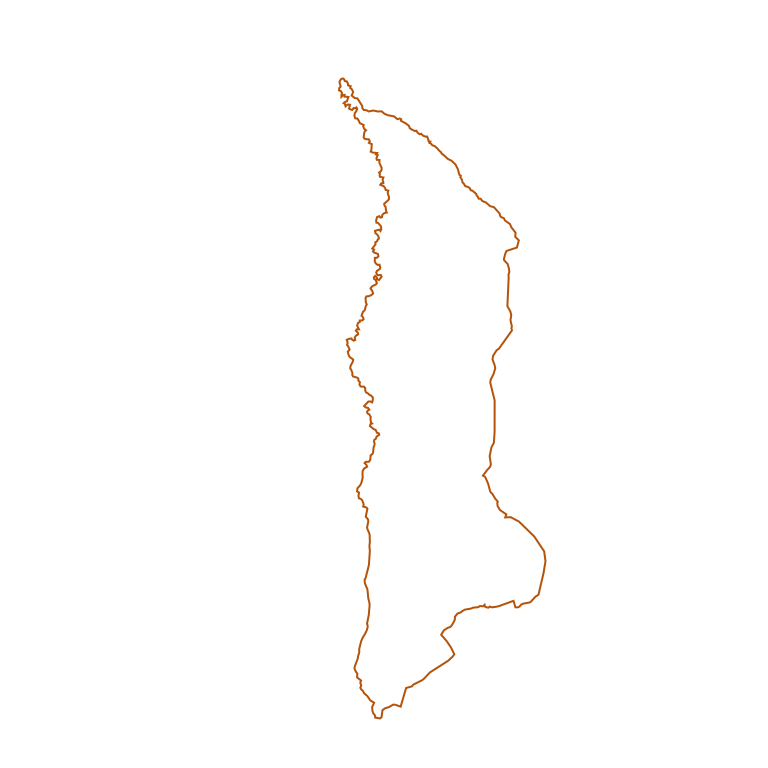 outline of Itinga do Maranhão, Maranhão, Brazil, rotated 326°
{"feature_id": "56859067B66965401422708", "entity_name": "Itinga do Maranhão", "entity_type": "district", "adm_level": 2, "iso_a3": "BRA", "parent_name": "Brazil", "parent_adm1": "Maranhão", "projection": "albers", "projection_center": [-47.255, -4.165], "detail": "fine", "context": "isolated", "style": "outline", "palette": "amber", "viewbox_px": 768, "rotation_deg": 326, "n_neighbors": 0, "source": "geoboundaries", "source_scale": "gbopen_adm2", "svg_char_len": 6166}
<svg xmlns="http://www.w3.org/2000/svg" viewBox="0 0 768 768"><g transform="rotate(326 384 384)"><path d="M200.5,603.2L199.9,606.0L199.8,609.4L197.6,612.2L199.2,617.1L197.3,618.3L196.5,621.3L194.5,622.6L194.3,624.3L194.9,626.3L194.6,629.2L195.7,633.4L195.7,638.6L197.6,642.7L193.5,645.2L191.6,648.6L190.9,651.2L191.2,652.9L191.0,654.4L190.1,655.5L193.6,659.0L195.6,658.9L200.3,653.6L203.4,653.4L207.8,654.7L212.2,654.9L213.7,655.9L217.4,660.8L232.3,648.4L238.2,650.3L240.2,649.6L250.0,650.9L252.9,650.6L260.8,648.8L282.5,649.3L288.5,648.4L291.2,647.3L292.2,639.7L292.2,632.4L291.2,623.9L295.9,621.7L300.4,621.8L303.5,622.5L306.0,621.7L310.8,619.1L312.8,616.6L316.5,615.4L320.1,616.3L321.6,616.0L324.9,616.3L330.7,618.9L332.8,619.2L337.2,621.7L339.4,621.7L341.8,623.7L343.9,623.3L343.2,625.0L344.4,626.8L345.6,627.9L347.1,627.6L348.5,629.4L350.5,630.5L354.3,632.2L370.1,636.2L368.1,642.6L369.9,643.9L371.9,644.3L374.2,643.6L376.5,643.9L382.7,646.6L384.2,646.6L390.6,645.0L394.2,645.1L410.4,630.1L418.8,621.2L423.2,612.3L423.3,594.5L419.0,573.6L414.6,565.3L409.9,562.4L412.5,560.5L409.7,553.4L409.9,548.9L411.2,546.2L412.6,545.1L412.1,541.4L412.4,535.7L411.9,533.7L412.1,532.1L414.6,524.8L415.9,517.7L414.8,515.3L421.2,513.1L425.6,512.0L427.6,510.5L431.3,502.8L437.9,496.4L442.2,494.2L448.8,485.7L466.6,459.4L472.8,442.4L474.7,440.2L480.7,436.8L485.1,433.1L486.4,429.7L487.7,424.3L490.4,421.5L496.3,419.0L499.0,419.0L520.1,411.1L520.8,409.0L522.2,407.8L524.6,401.7L528.0,398.1L529.3,394.6L529.8,388.5L547.0,365.3L548.3,363.0L550.6,361.2L552.2,358.0L553.6,353.7L552.8,348.6L553.4,347.3L557.8,343.5L560.0,342.2L570.5,345.2L576.1,340.3L575.1,335.3L577.7,332.1L577.2,325.3L577.9,321.9L575.7,316.0L576.1,313.7L574.3,310.8L574.4,309.0L575.2,307.4L574.0,298.8L571.4,295.9L570.1,290.7L567.8,287.2L567.7,284.4L566.1,283.3L566.5,281.2L566.2,279.4L566.8,278.0L565.4,273.1L564.2,271.9L564.7,269.6L563.7,267.4L562.0,265.4L562.2,262.5L561.8,260.7L562.9,258.1L562.9,255.2L564.1,254.4L563.5,252.7L565.4,247.0L566.0,242.0L564.8,236.6L562.7,232.9L561.9,228.9L560.6,225.2L560.9,223.9L560.4,222.2L559.8,217.7L558.9,214.8L557.5,213.1L557.5,211.4L556.5,209.5L557.9,208.9L556.7,207.7L557.6,205.6L558.1,202.9L556.8,202.2L555.2,199.9L554.7,197.3L553.2,196.9L552.4,194.5L552.5,192.1L551.0,191.5L548.9,187.7L548.4,186.2L549.1,184.0L547.7,180.0L545.2,175.2L546.3,174.2L545.6,172.7L543.2,172.0L542.0,167.8L537.5,163.3L535.5,160.3L534.5,156.6L531.2,154.6L528.1,151.3L523.7,149.5L522.6,147.3L520.4,145.4L520.4,142.9L521.4,141.5L521.7,132.4L519.6,130.5L518.5,126.8L521.7,124.7L522.2,121.7L521.5,119.7L522.9,118.4L521.2,116.4L522.1,114.7L522.4,112.4L520.9,110.9L521.4,109.1L520.8,107.7L518.8,107.2L516.0,108.6L514.4,113.2L512.3,113.7L510.9,115.5L512.1,117.1L511.8,119.5L510.4,120.5L509.3,122.1L511.6,121.7L513.0,122.3L512.0,123.7L515.0,126.1L511.4,128.9L509.6,128.4L507.6,128.6L508.2,130.0L507.4,132.3L510.0,131.9L512.0,133.5L509.0,136.1L509.8,137.7L510.9,139.0L513.2,138.2L514.2,139.3L515.8,139.3L515.7,140.8L513.9,142.2L511.2,143.2L509.4,145.1L508.7,147.7L510.4,149.1L510.3,152.2L509.8,154.2L512.0,157.9L510.7,159.0L510.3,161.2L511.0,163.6L509.2,163.9L507.3,165.5L505.1,168.1L505.0,169.7L506.6,171.5L508.3,172.7L508.0,174.7L506.3,175.6L508.0,178.2L504.8,182.5L502.9,183.9L504.1,185.8L507.4,188.6L505.7,189.2L506.8,190.6L503.9,192.7L503.4,194.1L505.5,195.8L503.8,198.1L502.9,203.5L501.6,205.2L500.3,205.9L498.2,205.9L498.2,207.4L497.0,208.6L496.5,209.9L499.0,212.5L496.9,214.0L496.5,215.9L495.8,217.1L494.0,216.1L492.3,216.8L494.4,219.8L494.5,222.3L493.9,224.0L495.7,226.1L494.2,227.3L493.3,229.2L492.9,231.3L491.6,233.4L490.1,234.0L484.9,234.7L484.1,236.6L484.4,238.0L482.5,241.6L482.2,243.4L479.8,242.5L477.3,242.8L475.5,244.6L474.1,244.0L474.1,242.3L471.4,241.8L468.8,244.2L467.9,246.0L469.1,247.0L469.7,251.4L468.3,254.2L466.6,255.2L466.4,253.4L462.2,252.0L461.3,254.0L462.0,256.9L461.8,259.1L461.1,260.6L459.7,260.7L458.0,261.8L456.0,261.7L455.0,263.5L450.0,265.2L451.0,267.0L449.0,267.9L449.4,269.7L451.7,272.7L450.8,275.0L448.7,275.4L447.0,274.3L444.8,277.3L444.6,279.5L445.3,281.7L447.0,282.6L446.2,285.1L445.0,286.3L441.4,286.3L440.0,287.1L439.4,288.9L439.7,290.3L442.3,291.9L442.0,293.7L438.0,295.0L436.8,293.2L437.6,291.6L437.1,289.5L435.2,290.0L434.6,291.3L435.2,293.1L434.6,296.3L433.2,296.9L428.9,296.4L426.3,297.1L426.3,300.4L425.6,302.9L423.1,303.2L420.1,302.6L418.5,301.5L416.9,302.2L414.6,306.2L414.2,308.4L412.6,309.1L409.4,312.0L407.0,312.4L403.5,314.9L403.9,317.0L403.3,318.9L401.7,319.2L399.4,317.8L398.5,319.1L396.8,318.8L394.4,320.5L393.8,324.7L391.9,323.4L390.5,324.1L391.0,326.8L390.3,328.4L387.8,328.2L385.6,329.2L384.7,331.4L383.2,331.2L382.4,329.6L382.4,328.1L380.7,327.1L377.8,326.5L377.3,328.6L376.5,330.0L375.2,330.9L375.4,332.9L374.7,336.3L372.0,337.0L371.0,339.7L370.6,342.2L372.1,346.5L370.8,347.9L366.1,350.5L364.7,352.2L364.8,353.9L363.8,357.6L362.7,358.8L362.6,360.5L365.3,363.7L365.8,365.2L364.7,366.6L365.0,369.1L363.4,370.6L363.2,373.0L366.0,375.1L366.1,377.1L364.9,378.6L364.4,380.8L365.6,383.2L365.8,384.9L366.8,386.2L367.2,388.9L365.8,391.0L363.9,392.6L363.0,390.9L361.2,389.8L355.2,391.2L355.9,393.5L357.4,394.8L357.4,397.1L355.7,397.0L354.2,397.7L353.9,399.2L354.8,400.9L354.6,403.9L353.5,405.0L351.7,408.5L352.0,410.1L350.4,409.7L348.8,411.0L350.3,415.7L351.4,417.5L350.9,420.5L352.1,422.0L351.7,423.4L348.4,423.5L346.7,424.8L344.8,424.9L343.6,425.9L343.0,428.0L341.8,429.5L339.9,430.7L336.6,434.8L335.3,435.5L333.0,435.7L330.1,439.3L327.9,440.0L325.4,438.3L323.7,438.7L324.2,440.8L323.8,443.1L319.9,443.0L317.2,444.6L313.8,449.9L309.7,453.5L307.4,454.7L303.7,455.6L301.6,458.0L302.6,460.1L300.3,462.4L299.3,464.8L300.5,466.2L300.9,468.3L300.3,471.0L299.5,472.9L298.2,473.9L300.3,476.5L300.6,478.0L294.7,483.8L295.0,487.3L294.1,489.2L289.7,493.5L288.9,496.0L288.4,499.2L287.6,501.3L283.7,507.4L281.4,510.0L278.9,514.5L270.3,525.6L260.0,534.8L258.7,535.2L257.6,536.8L256.7,538.7L255.4,545.0L251.1,553.0L249.7,556.9L248.4,559.3L242.1,567.1L235.8,573.3L235.4,575.1L234.4,576.5L232.2,578.4L228.5,580.6L224.8,582.2L221.3,584.4L215.3,589.8L213.3,592.8L209.9,595.5L208.8,596.9L202.0,601.7L200.5,603.2Z" fill="none" stroke="#b45309" stroke-width="2"/></g></svg>